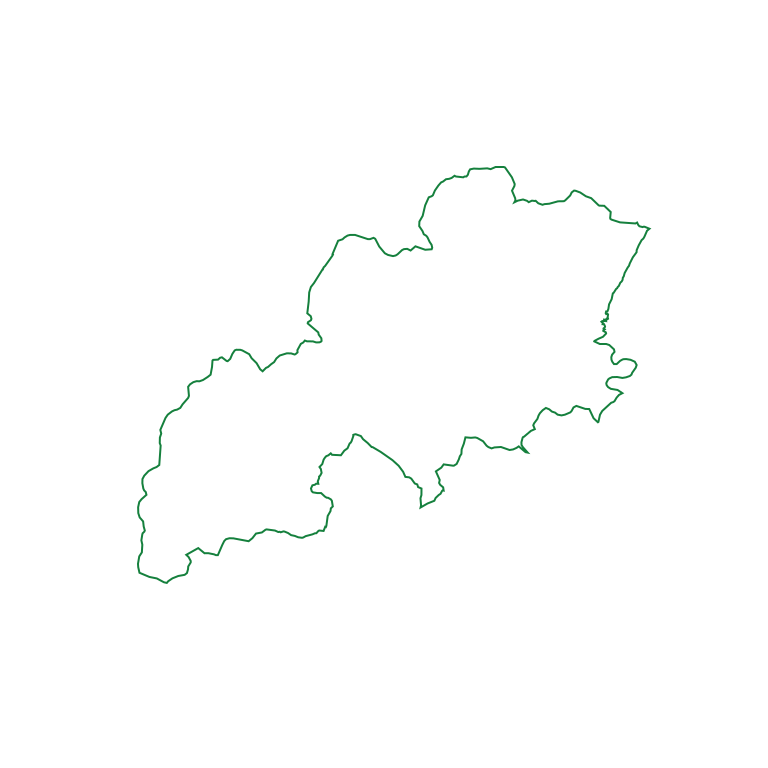 outline of Medias, Sibiu, Romania, rotated 58°
{"feature_id": "2599482B70504511793246", "entity_name": "Medias", "entity_type": "district", "adm_level": 2, "iso_a3": "ROU", "parent_name": "Romania", "parent_adm1": "Sibiu", "projection": "mercator", "projection_center": [24.355, 46.136], "detail": "fine", "context": "isolated", "style": "outline", "palette": "green", "viewbox_px": 768, "rotation_deg": 58, "n_neighbors": 0, "source": "geoboundaries", "source_scale": "gbopen_adm2", "svg_char_len": 6150}
<svg xmlns="http://www.w3.org/2000/svg" viewBox="0 0 768 768"><g transform="rotate(58 384 384)"><path d="M437.6,673.6L436.9,671.5L436.7,666.4L437.8,660.2L440.2,654.2L439.9,651.3L437.3,648.4L435.0,646.7L432.9,642.5L431.7,641.7L427.2,641.4L424.1,642.2L424.7,628.5L432.4,625.9L434.5,622.5L438.5,618.3L440.1,617.2L441.1,615.6L434.7,606.3L432.5,602.7L431.9,600.2L432.9,596.8L435.1,593.5L445.6,582.1L445.0,577.3L443.0,571.8L445.2,566.2L444.8,561.7L445.1,560.6L450.5,554.1L453.5,552.1L454.1,550.7L455.0,550.2L455.7,547.4L456.5,546.5L459.6,544.3L462.9,542.9L465.6,540.1L468.5,538.0L471.0,535.0L471.4,533.7L471.5,531.1L473.6,524.3L474.0,521.7L474.7,520.4L473.9,517.8L473.9,516.6L476.6,513.1L473.9,509.5L474.5,509.1L473.7,508.0L466.1,501.7L463.4,496.7L461.3,495.0L460.7,492.3L455.4,490.1L453.7,490.2L450.9,491.7L450.0,492.9L448.1,493.8L443.2,495.1L441.2,498.3L438.2,501.7L436.6,502.1L433.9,501.3L432.0,498.4L432.8,496.0L432.6,494.3L433.8,492.6L431.4,491.7L429.4,488.9L428.1,488.1L427.9,486.7L426.3,484.0L422.6,482.6L420.2,482.7L419.2,478.8L416.1,475.2L415.1,473.0L414.6,471.2L415.0,469.0L414.6,465.9L416.5,465.6L421.6,458.3L419.5,453.0L419.2,449.0L416.2,444.6L416.1,443.3L415.3,441.8L411.9,437.6L410.9,437.1L411.0,436.2L411.6,434.6L415.9,431.2L419.7,431.0L425.4,429.1L430.9,427.9L431.5,427.1L439.8,422.8L453.0,417.2L461.1,414.9L468.6,414.3L474.1,415.1L476.5,412.1L478.7,411.0L484.7,410.6L486.8,409.0L489.5,409.7L492.5,407.6L498.0,411.1L500.2,413.6L506.6,416.9L508.1,418.4L508.4,410.4L509.7,403.2L508.0,400.6L507.1,396.3L507.1,394.3L505.4,391.3L505.3,390.6L506.0,389.9L503.0,388.6L499.2,389.8L497.1,389.7L494.9,387.6L485.6,386.3L485.3,379.7L483.8,376.0L489.9,368.7L490.3,368.0L490.3,364.8L487.6,360.5L485.5,358.0L484.3,355.4L480.6,352.8L476.9,347.9L472.4,343.2L475.7,338.8L477.7,334.9L479.2,333.5L485.1,330.3L490.7,329.7L492.8,328.9L495.6,326.9L496.3,324.0L499.4,318.2L506.5,312.5L507.9,309.2L508.4,305.5L508.3,302.8L516.8,300.1L518.3,298.5L511.2,299.7L508.6,299.7L506.2,298.3L503.1,295.0L502.7,294.1L502.9,293.2L501.6,284.3L502.2,280.0L498.1,279.3L496.9,277.6L494.9,272.4L492.7,269.7L491.4,267.3L490.3,263.3L490.1,259.4L493.0,257.3L496.4,256.2L498.9,254.1L502.0,253.0L504.7,250.1L505.9,246.8L506.8,241.0L506.3,239.2L504.3,235.7L504.5,232.5L511.8,226.5L514.0,223.2L524.1,224.4L529.8,222.9L529.8,222.3L524.5,217.1L522.5,213.2L520.3,201.3L520.8,199.2L520.7,197.6L518.8,193.9L517.8,190.5L518.1,186.7L512.8,189.1L508.3,194.2L505.4,195.6L503.1,195.8L501.5,195.3L500.7,194.6L498.9,191.5L498.7,189.9L499.1,186.9L501.6,182.6L505.2,178.6L506.6,175.2L507.5,171.3L507.2,169.2L506.0,167.6L503.6,161.9L501.8,159.7L498.0,159.5L494.1,162.1L491.2,165.4L489.8,167.9L489.6,169.0L489.5,171.6L490.4,176.1L489.0,178.4L486.0,178.6L483.9,178.2L481.7,177.0L480.0,175.0L478.9,171.5L476.5,170.6L470.3,172.3L467.9,174.3L464.4,179.8L459.3,183.1L459.0,182.7L459.3,178.1L460.0,173.3L458.9,168.9L457.8,168.5L455.1,169.9L454.4,169.1L454.6,167.9L453.2,168.2L453.0,166.8L452.3,166.0L449.9,165.7L449.1,166.9L448.3,166.1L446.4,166.6L446.3,165.6L447.4,163.8L446.4,163.7L446.0,163.2L448.1,162.1L446.8,161.4L446.6,160.7L447.4,160.3L447.4,159.4L446.0,159.0L443.7,157.1L443.0,157.3L442.5,158.5L441.5,158.5L440.2,157.2L440.9,156.2L439.3,154.0L435.7,150.9L432.7,146.0L428.4,141.9L428.4,141.0L426.4,136.8L426.3,135.5L425.6,134.4L425.3,132.9L423.3,129.9L423.0,128.1L422.1,126.5L420.4,125.1L419.8,123.7L417.4,121.1L414.3,115.5L413.6,113.6L412.0,111.7L408.4,105.8L406.1,100.0L404.4,98.8L401.4,94.5L398.5,89.3L398.1,87.0L397.1,85.1L393.4,79.7L393.0,76.6L388.7,79.7L388.1,80.7L388.0,81.5L385.6,83.8L383.8,84.1L381.2,83.8L381.1,85.7L372.0,98.2L365.1,104.0L363.9,104.5L363.0,104.2L358.3,100.6L349.6,102.8L346.9,106.8L346.2,107.3L336.2,109.8L331.8,113.3L325.6,116.1L321.7,119.1L320.7,120.3L321.0,123.3L322.8,126.2L324.3,133.0L324.3,134.6L321.3,139.6L318.7,148.3L316.5,152.6L316.0,154.6L312.5,157.4L309.0,158.3L308.6,159.3L306.9,161.4L306.5,164.9L304.5,165.6L301.2,168.3L299.4,173.4L299.0,177.1L297.8,175.1L295.9,174.3L287.9,173.0L285.2,168.5L283.7,167.2L276.5,166.0L264.5,166.6L263.5,167.4L259.1,174.4L258.3,179.7L255.8,182.2L252.2,188.9L248.9,193.7L247.6,197.2L248.7,199.4L251.0,202.0L251.7,204.1L250.7,205.8L250.7,207.3L246.1,213.1L244.8,213.8L245.1,217.5L244.5,220.1L243.2,222.9L243.6,226.7L243.3,228.7L244.5,232.7L246.9,238.3L249.9,242.6L250.0,244.2L249.4,247.1L254.3,254.4L261.9,262.1L265.0,267.9L268.8,270.5L274.7,270.3L278.1,270.9L280.7,269.6L282.7,269.4L287.6,270.0L291.2,269.9L294.0,270.9L295.0,272.2L292.0,277.9L283.9,284.4L284.9,290.7L281.7,292.7L280.2,295.6L280.0,297.7L281.2,303.8L281.2,306.0L280.3,308.6L276.7,312.2L273.6,314.0L264.9,315.2L256.2,314.5L254.5,315.4L253.7,319.2L252.6,320.9L242.3,329.5L239.6,333.8L238.8,336.3L238.8,339.8L239.3,342.5L238.2,347.0L246.6,358.9L247.2,358.7L247.9,359.9L252.7,371.4L253.1,373.4L254.4,375.1L254.2,375.3L261.3,389.9L263.0,394.6L266.7,398.9L274.2,404.2L283.4,411.6L287.7,410.2L290.3,411.0L291.2,412.2L291.3,415.8L292.2,416.6L305.4,412.4L307.5,413.2L312.0,412.9L314.4,414.1L314.7,415.0L314.5,416.6L312.8,419.5L310.2,421.7L307.0,426.7L305.2,428.1L306.0,430.4L305.9,433.3L309.4,439.5L311.4,440.6L311.8,443.3L311.6,444.2L308.9,446.5L306.5,450.1L304.6,457.3L305.3,461.7L307.2,465.6L307.4,469.2L308.1,473.3L307.8,475.5L308.9,480.2L305.9,481.2L298.8,481.0L292.0,482.6L287.3,482.5L280.4,486.4L278.9,487.7L276.7,491.1L276.4,492.8L278.1,496.6L281.2,501.1L281.8,504.5L281.0,505.3L275.5,507.3L274.9,509.1L275.4,511.8L273.0,516.1L273.2,517.0L278.4,520.8L284.2,526.1L284.6,529.7L284.7,535.4L283.9,539.1L282.3,541.4L281.4,544.7L281.5,548.7L282.6,551.6L290.7,555.7L292.0,557.4L294.5,565.6L296.3,569.4L296.1,573.0L295.2,575.6L294.9,578.4L295.4,583.6L297.0,587.3L304.4,598.0L308.0,599.2L310.6,602.4L315.3,605.5L317.8,606.0L333.6,617.5L333.9,620.9L333.3,624.3L333.1,629.9L334.7,635.9L336.6,639.2L340.1,641.5L345.1,643.5L347.1,643.8L349.4,643.3L352.1,644.2L353.2,650.6L354.4,654.1L358.2,657.8L363.3,660.8L367.7,661.9L372.9,661.1L377.5,663.3L381.5,664.5L382.2,665.5L382.7,667.8L383.5,668.7L388.0,672.6L392.2,674.1L398.5,678.6L400.5,682.9L406.1,687.9L409.1,689.5L414.5,691.4L423.3,685.2L428.5,679.7L435.5,675.7L437.6,673.6Z" fill="none" stroke="#15803d" stroke-width="2"/></g></svg>